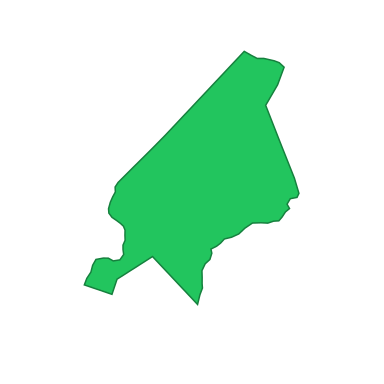 Tanque d'Arca, Alagoas, Brazil (Natural Earth projection), rotated 64°
{"feature_id": "56859067B91269907652383", "entity_name": "Tanque d'Arca", "entity_type": "district", "adm_level": 2, "iso_a3": "BRA", "parent_name": "Brazil", "parent_adm1": "Alagoas", "projection": "natural_earth1", "projection_center": [-36.408, -9.567], "detail": "fine", "context": "isolated", "style": "filled", "palette": "green", "viewbox_px": 384, "rotation_deg": 64, "n_neighbors": 0, "source": "geoboundaries", "source_scale": "gbopen_adm2", "svg_char_len": 1043}
<svg xmlns="http://www.w3.org/2000/svg" viewBox="0 0 384 384"><g transform="rotate(64 192 192)"><path d="M295.5,236.3L287.8,229.9L282.9,224.7L278.8,223.1L273.4,220.4L267.0,217.5L262.3,211.6L260.5,205.5L255.7,201.0L251.6,200.0L251.5,193.6L250.5,188.8L248.4,183.5L250.0,176.3L250.2,168.3L247.7,160.3L246.4,151.3L249.9,143.5L253.2,137.5L254.0,131.4L256.0,126.6L254.0,122.0L250.9,116.8L249.6,111.6L244.6,111.9L241.1,106.6L242.9,100.0L240.1,96.5L224.5,93.9L191.2,91.4L182.2,90.7L146.4,87.8L133.2,68.1L120.2,54.5L114.0,56.9L110.1,60.6L103.5,68.8L100.5,74.9L94.9,79.0L88.5,83.4L129.3,191.2L135.3,208.2L141.3,225.8L144.0,233.8L151.0,254.2L153.8,258.9L158.4,260.9L161.6,265.4L165.4,269.9L170.5,274.4L174.6,276.0L179.8,275.0L184.5,272.3L188.8,270.1L192.7,268.6L196.9,268.9L201.6,271.3L206.1,273.3L209.5,277.3L213.4,279.2L218.2,280.8L221.4,286.6L219.4,293.0L214.8,296.2L212.5,300.7L210.5,307.9L214.3,313.4L219.7,318.0L223.5,324.4L228.3,329.5L248.9,308.8L237.5,297.6L232.7,255.8L295.5,236.3Z" fill="#22c55e" stroke="#15803d" stroke-width="1.5"/></g></svg>